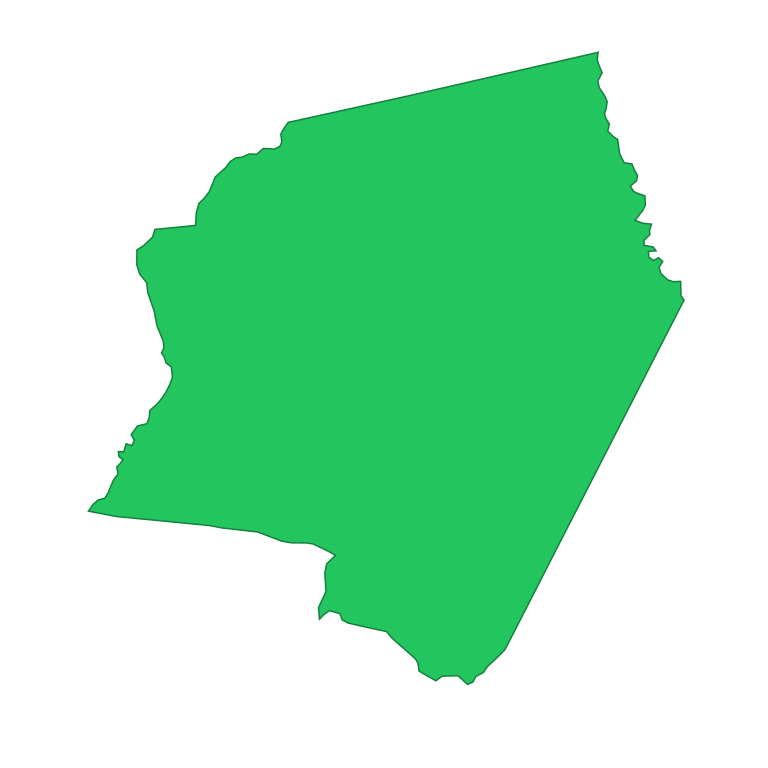 São Domingos do Azeitão, Maranhão, Brazil, rotated 84°
{"feature_id": "56859067B85807421468781", "entity_name": "São Domingos do Azeitão", "entity_type": "district", "adm_level": 2, "iso_a3": "BRA", "parent_name": "Brazil", "parent_adm1": "Maranhão", "projection": "natural_earth1", "projection_center": [-44.617, -6.848], "detail": "fine", "context": "isolated", "style": "filled", "palette": "green", "viewbox_px": 768, "rotation_deg": 84, "n_neighbors": 0, "source": "geoboundaries", "source_scale": "gbopen_adm2", "svg_char_len": 2050}
<svg xmlns="http://www.w3.org/2000/svg" viewBox="0 0 768 768"><g transform="rotate(84 384 384)"><path d="M684.6,363.4L680.6,356.7L681.9,340.9L691.5,332.3L689.8,326.9L684.4,323.1L681.4,315.4L675.7,310.5L668.8,301.3L660.8,291.4L621.3,265.6L538.4,211.6L526.3,203.6L381.0,108.9L331.9,76.8L327.2,79.4L320.4,78.8L312.9,78.3L312.5,85.6L310.2,90.9L303.3,96.9L296.9,98.3L291.2,94.0L287.1,97.9L289.4,102.9L285.8,107.2L279.8,107.2L280.0,99.5L275.8,102.1L273.2,110.9L268.1,110.3L263.5,104.1L258.8,103.8L253.0,101.2L251.3,109.5L247.6,117.2L242.7,112.7L238.7,108.7L233.1,105.2L224.1,104.9L221.4,110.9L218.7,115.5L213.0,118.4L208.3,111.6L203.3,110.0L197.1,112.7L191.1,114.4L189.0,122.1L179.9,125.5L165.2,126.1L161.9,130.1L155.9,135.0L149.0,132.7L143.0,135.6L138.4,136.5L133.9,134.5L126.5,132.5L120.2,134.5L111.6,139.0L104.7,139.6L97.3,134.5L87.9,137.3L83.0,137.9L76.5,136.4L99.8,328.1L113.8,452.0L119.3,456.8L124.7,460.5L132.6,460.3L136.8,462.8L138.9,468.3L137.1,479.3L142.3,486.7L141.1,493.9L143.6,501.5L143.6,507.7L146.8,513.9L151.8,518.3L160.5,530.2L174.2,537.5L180.1,542.9L185.1,549.2L193.8,552.7L200.0,553.8L206.6,554.7L206.3,595.7L213.7,598.8L221.2,608.6L224.9,615.7L239.5,617.4L249.1,615.5L258.5,609.4L268.6,609.4L274.0,608.0L287.9,604.9L302.6,603.7L317.9,599.1L324.8,599.1L329.9,602.0L334.6,599.6L340.4,598.5L344.6,593.9L351.0,593.6L355.9,593.9L362.6,597.4L369.3,601.7L375.0,606.4L380.7,612.3L385.9,619.8L392.1,620.7L398.7,624.0L399.9,633.5L408.0,640.8L413.8,638.1L418.9,641.2L416.5,646.7L424.2,649.9L423.5,655.3L428.8,655.1L431.8,651.3L435.5,654.7L438.8,658.5L445.7,657.9L451.1,663.0L455.8,665.7L463.5,669.7L468.4,673.7L469.4,680.2L473.4,686.0L479.6,691.2L487.9,663.7L506.7,571.6L510.3,559.9L517.9,525.3L529.5,502.4L532.2,493.2L534.0,477.5L535.7,471.2L544.4,457.1L549.3,450.2L557.0,459.9L565.9,462.6L584.3,463.4L599.7,472.6L611.1,472.7L607.2,468.1L603.7,462.0L607.7,451.9L614.3,450.2L618.0,444.7L625.0,424.2L630.4,407.5L637.6,402.6L660.6,381.5L665.3,379.4L673.2,379.1L676.7,374.4L684.6,363.4Z" fill="#22c55e" stroke="#15803d" stroke-width="1.5"/></g></svg>